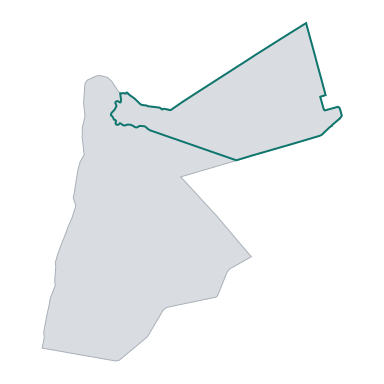 where Mafraq sits in Jordan
{"feature_id": "JOR-850", "entity_name": "Mafraq", "entity_type": "Province", "adm_level": 1, "iso_a3": "JOR", "parent_name": "Jordan", "parent_adm1": "", "projection": "mercator", "projection_center": [37.07, 32.534], "detail": "fine", "context": "in_parent", "style": "outline", "palette": "teal", "viewbox_px": 384, "rotation_deg": 0, "n_neighbors": 0, "source": "natural_earth", "source_scale": "10m", "svg_char_len": 2781}
<svg xmlns="http://www.w3.org/2000/svg" viewBox="0 0 384 384"><path d="M99.9,75.5L107.3,77.3L111.6,81.1L118.7,92.0L129.7,95.2L134.2,98.3L140.2,104.0L147.6,106.1L171.1,109.7L189.7,97.6L205.5,87.4L223.5,75.7L235.7,67.7L256.5,54.2L270.2,45.6L288.2,34.2L306.0,23.0L311.0,41.3L315.8,59.1L320.8,77.5L325.7,95.3L320.4,97.0L324.5,110.7L331.3,108.6L338.7,107.0L341.9,115.7L331.7,125.5L321.5,135.0L319.1,136.0L305.8,140.0L278.5,148.0L260.3,153.4L237.0,160.3L217.7,166.0L198.5,171.6L180.7,176.9L190.9,187.9L206.3,204.7L216.7,215.9L228.8,230.3L239.7,243.2L251.3,256.7L243.2,261.3L229.8,268.9L228.5,270.3L227.3,271.7L221.8,285.2L217.5,295.8L216.0,297.1L197.4,301.0L178.6,304.9L166.7,307.4L163.2,310.1L155.4,323.3L147.4,336.8L134.1,347.9L119.3,360.2L115.6,361.0L104.9,359.1L86.6,355.9L68.9,352.8L56.8,350.6L42.1,348.1L44.3,337.7L43.7,332.1L47.2,313.6L49.2,304.9L50.2,298.5L55.3,285.4L54.7,281.1L55.8,266.0L55.2,263.1L57.5,254.8L61.9,242.8L66.1,232.5L67.6,227.8L72.0,218.0L75.8,205.9L73.8,199.3L73.2,198.0L74.8,190.4L74.7,190.3L76.6,177.9L77.7,171.1L80.0,162.2L84.1,154.7L82.2,136.8L82.4,127.2L85.0,116.2L83.6,103.3L84.8,85.0L85.1,83.2L86.6,81.0L87.7,79.9L96.2,76.0L99.9,75.5Z" fill="#d9dde1" stroke="#a8b0b8" stroke-width="1"/><path d="M170.2,110.1L171.1,109.8L182.2,102.1L192.8,95.2L200.4,90.3L212.3,82.7L217.7,79.2L224.1,75.1L235.9,67.5L247.8,59.9L256.5,54.2L268.6,46.6L274.4,42.9L289.2,33.6L306.1,23.1L309.3,34.9L312.2,45.4L314.6,54.2L317.7,65.9L321.0,77.9L325.6,95.1L320.3,96.7L320.2,96.8L320.3,97.1L323.6,108.8L324.2,110.0L324.9,110.4L337.9,106.8L339.4,107.7L340.4,110.2L341.8,115.7L340.1,118.3L331.8,125.3L331.8,126.0L331.1,126.2L329.7,127.2L321.5,135.0L319.1,136.0L311.3,138.3L295.8,142.9L280.3,147.4L264.7,151.9L251.7,155.6L249.2,156.4L236.2,160.3L236.0,160.2L150.3,130.4L147.9,129.0L145.7,126.9L144.5,126.3L140.8,125.9L139.5,126.0L138.6,126.4L137.9,127.0L137.0,127.4L135.9,127.4L134.9,127.1L133.7,126.2L130.9,124.8L128.1,124.6L127.2,124.7L126.5,124.9L125.1,125.4L124.1,125.5L123.1,125.2L121.4,124.0L120.5,123.4L119.8,123.3L118.9,124.3L118.2,124.7L117.4,124.8L116.6,124.7L115.9,124.2L115.6,123.6L115.5,122.9L115.7,122.3L116.0,121.8L116.1,121.2L115.9,120.7L115.3,120.0L113.9,119.6L113.2,117.9L112.3,116.4L111.8,115.9L111.2,115.6L110.9,115.0L111.0,114.2L111.6,112.9L114.8,109.4L115.7,107.4L116.3,106.7L116.4,106.0L116.2,104.8L115.8,104.0L115.4,103.4L115.4,102.7L115.6,102.0L116.6,101.2L117.4,101.1L118.2,101.3L119.5,102.3L120.1,102.5L120.6,102.3L121.1,100.2L120.2,93.5L121.2,93.5L123.8,93.1L124.2,93.2L124.9,93.5L125.3,93.5L125.7,93.4L126.4,92.7L126.8,92.5L127.6,93.0L129.8,95.2L134.3,98.3L140.3,104.1L141.3,104.7L142.7,105.1L146.6,105.5L147.7,106.2L150.2,106.5L159.7,107.6L162.2,109.5L163.4,108.8L164.9,108.9L169.3,110.0L170.2,110.1Z" fill="none" stroke="#0f766e" stroke-width="2"/></svg>